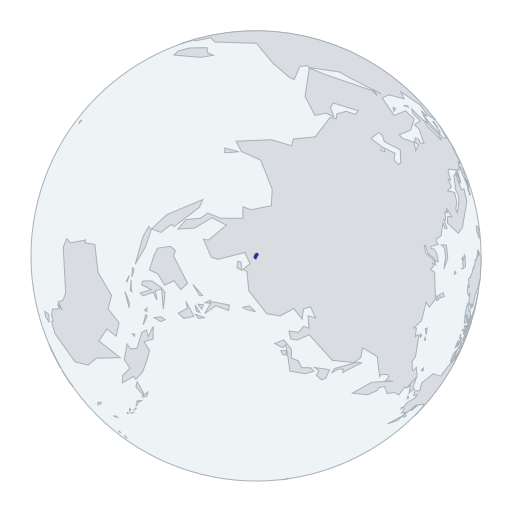 Cao Bằng highlighted on a globe, orthographic projection, rotated 104°
{"feature_id": "VNM-511", "entity_name": "Cao Bằng", "entity_type": "Province", "adm_level": 1, "iso_a3": "VNM", "parent_name": "Vietnam", "parent_adm1": "", "projection": "orthographic", "projection_center": [106.073, 22.737], "detail": "fine", "context": "on_globe", "style": "filled", "palette": "blue", "viewbox_px": 512, "rotation_deg": 104, "n_neighbors": 0, "source": "natural_earth", "source_scale": "10m", "svg_char_len": 11682}
<svg xmlns="http://www.w3.org/2000/svg" viewBox="0 0 512 512"><g transform="rotate(104 256 256)"><circle cx="256" cy="256" r="225" fill="#eef3f6" stroke="#a8b0b8"/><path d="M464.0,336.7L463.6,338.0L463.5,338.3L464.0,336.7ZM366.7,59.8L359.2,56.7L360.9,62.2L368.9,68.2L361.3,64.2L381.4,79.1L387.1,87.8L376.1,75.6L371.5,72.7L373.1,77.0L368.6,75.0L366.9,76.2L361.4,73.7L355.4,67.5L351.8,66.0L353.2,69.2L348.6,69.3L347.1,64.6L339.0,64.5L327.4,55.6L328.0,47.7L317.0,43.2L305.6,36.8L302.1,36.3L295.6,34.5L289.1,33.5L288.9,33.2L283.9,32.8L285.4,33.3L283.7,33.4L280.1,33.1L279.1,32.4L280.8,32.5L278.6,32.2L279.6,32.1L277.0,31.9L276.3,31.6L271.6,31.6L266.4,31.0L267.4,31.0L267.9,31.0L285.2,32.6L302.2,35.5L319.0,39.7L335.4,45.2L351.3,51.9L366.7,59.8ZM466.9,176.7L466.9,176.8L465.2,172.6L465.5,173.2L466.9,176.7ZM464.6,171.2L465.1,172.3L464.8,171.6L464.6,171.2ZM464.6,171.4L464.6,171.2L464.8,171.9L464.6,171.4ZM464.8,172.3L464.6,171.6L464.7,171.9L464.8,172.3ZM464.4,172.3L464.2,172.1L463.9,171.0L464.4,172.3ZM372.2,63.0L372.3,63.1L370.3,62.0L367.8,60.5L372.1,62.9L372.2,63.0ZM375.6,73.3L374.2,71.1L377.1,74.0L375.6,73.3ZM367.6,76.8L369.4,78.2L367.7,78.3L367.6,76.8ZM357.9,74.8L354.6,74.8L356.9,73.6L357.9,74.8ZM352.0,74.2L344.2,75.0L347.6,77.9L333.7,70.7L344.9,72.0L347.2,69.9L348.6,72.4L352.0,74.2ZM287.5,33.6L285.7,33.0L290.6,33.9L287.5,33.6ZM291.0,34.2L308.3,38.0L309.1,39.1L303.1,37.4L306.8,39.6L298.7,38.2L294.8,36.7L295.9,36.1L291.9,36.1L291.0,34.2ZM327.3,66.9L324.5,66.5L326.3,65.8L327.3,66.9ZM283.5,33.5L286.9,34.0L287.8,34.9L281.1,34.2L282.9,34.1L283.5,33.5ZM311.8,41.0L311.2,41.9L304.5,40.9L303.4,41.1L298.5,38.3L311.8,41.0ZM280.9,33.7L277.6,33.9L273.9,33.2L280.2,33.2L280.9,33.7ZM290.8,35.5L290.9,36.0L288.7,35.5L290.8,35.5ZM258.7,31.8L262.8,31.9L263.6,32.3L258.7,31.8ZM276.7,34.0L278.0,34.2L278.8,34.5L275.9,34.6L276.7,34.0ZM294.1,38.0L291.4,37.6L295.8,39.1L290.9,38.7L288.5,37.0L287.5,37.6L286.0,37.6L285.7,36.3L294.1,38.0ZM275.4,35.6L270.7,33.9L263.0,33.3L262.0,32.9L274.7,33.9L275.4,35.6ZM281.5,36.1L277.5,35.6L278.4,35.0L281.6,35.0L281.5,36.1ZM288.4,39.3L296.5,40.2L296.8,40.6L288.4,39.3ZM273.0,35.5L274.2,35.9L272.3,35.5L273.0,35.5ZM283.5,38.1L286.3,38.3L286.5,38.7L283.5,38.1ZM274.2,36.9L272.7,36.2L274.8,36.1L274.2,36.9ZM278.3,37.5L277.9,38.1L276.5,36.4L279.5,37.5L278.3,37.5ZM283.2,38.5L284.3,38.8L282.0,38.4L283.2,38.5ZM266.9,38.1L264.6,36.0L269.4,35.6L270.9,37.6L266.9,38.1ZM80.7,114.5L78.1,122.0L76.5,125.2L69.7,133.2L61.7,155.2L67.6,150.3L67.5,166.0L72.0,171.8L86.3,156.0L79.0,146.0L84.8,135.7L96.3,136.3L103.8,146.3L106.3,142.7L107.5,130.0L115.3,126.5L108.7,125.3L106.9,130.1L102.7,129.8L104.0,125.5L106.7,124.2L106.2,120.2L93.5,128.3L90.3,134.0L85.2,129.3L79.4,138.6L75.8,140.5L84.4,125.6L88.2,121.7L99.0,104.1L94.5,107.6L84.0,124.8L84.6,122.1L78.4,128.2L83.6,121.5L96.2,102.9L95.6,99.8L84.4,110.0L105.6,88.3L101.5,92.8L106.6,88.6L116.8,79.7L114.2,82.6L117.6,80.0L116.3,82.3L123.4,79.6L123.4,81.8L134.7,75.3L136.3,75.9L129.1,79.3L124.1,83.3L125.2,90.2L127.9,89.9L135.2,85.4L134.6,88.3L141.5,83.2L146.4,85.8L146.3,78.7L154.9,74.3L162.4,73.5L165.2,71.0L152.9,72.5L148.0,74.4L143.8,78.0L130.4,83.4L128.1,82.4L142.1,72.6L140.5,70.5L152.1,64.7L178.4,62.6L185.0,65.2L177.7,78.2L171.2,79.6L170.6,75.4L163.3,83.2L167.7,80.7L167.1,83.4L175.2,80.7L175.2,82.6L182.9,77.2L183.8,79.2L178.9,82.6L191.7,81.4L195.9,85.3L198.8,84.2L200.6,82.0L204.8,89.0L206.7,87.9L206.1,85.1L209.5,81.4L217.3,77.8L218.3,80.4L215.6,82.0L211.6,89.9L204.4,94.4L205.6,95.2L212.1,91.9L217.0,82.3L221.3,79.4L219.9,83.8L220.8,82.0L223.3,81.4L226.7,83.5L228.6,78.7L254.6,71.5L263.7,75.6L259.6,79.8L278.7,79.7L287.6,85.7L287.0,82.9L295.8,82.0L293.1,80.0L293.5,78.7L314.9,76.9L320.7,79.1L329.3,76.5L329.0,75.3L325.2,73.5L333.7,70.7L347.6,77.9L347.5,80.2L356.2,83.8L354.9,88.9L357.8,95.3L351.3,99.8L354.2,105.0L357.3,105.9L363.6,114.1L365.7,129.2L350.4,113.0L344.4,92.6L345.7,100.2L341.3,97.6L339.3,99.9L340.5,105.8L343.2,106.9L324.3,114.0L319.2,130.3L329.4,129.8L335.7,135.3L338.8,156.7L319.4,185.4L327.6,195.6L328.1,202.2L320.8,206.0L319.9,196.4L312.7,192.7L313.3,187.1L301.3,191.0L301.7,183.2L292.2,190.7L295.7,197.1L306.1,196.0L297.8,206.6L308.3,218.1L309.4,231.6L291.4,254.6L273.2,261.0L272.1,265.2L264.9,259.9L255.3,267.7L268.5,292.3L268.0,299.1L252.4,311.0L252.1,306.0L233.2,292.1L229.5,308.0L243.8,322.5L248.8,338.3L237.6,332.7L232.7,318.7L226.0,313.3L227.9,299.4L222.6,277.8L211.4,280.5L212.4,272.0L203.4,253.3L187.4,256.4L161.9,274.5L158.1,295.5L149.4,303.0L139.5,269.3L140.4,248.0L133.5,248.1L126.0,227.3L103.6,217.6L103.4,211.4L98.5,212.0L93.8,203.5L94.6,193.8L90.3,192.0L88.9,217.9L93.8,219.9L102.1,214.1L100.4,222.5L105.4,232.8L89.3,247.0L60.9,249.7L63.1,233.3L67.5,182.7L70.2,178.7L70.4,178.2L70.8,177.2L66.0,183.2L68.5,173.8L60.7,206.8L57.2,219.8L60.4,250.4L58.8,252.0L61.4,259.3L75.6,261.6L74.6,266.7L64.8,286.3L49.5,307.0L54.5,330.2L58.3,347.7L55.2,352.6L62.0,367.3L61.4,368.5L65.7,376.1L68.3,380.6L60.0,367.1L52.7,353.1L46.4,338.6L41.1,323.6L36.9,308.4L33.8,292.9L31.7,277.2L30.8,261.4L31.0,245.6L32.3,229.8L34.6,214.1L38.1,198.7L42.7,183.5L48.3,168.7L54.9,154.4L62.6,140.5L71.2,127.2L80.7,114.5ZM106.5,167.0L114.3,172.9L119.7,159.5L123.1,160.9L123.7,156.1L120.0,158.5L122.7,146.0L129.3,145.3L132.9,140.2L130.4,138.1L118.0,141.7L114.0,159.2L108.4,162.5L106.5,167.0ZM138.0,65.6L134.6,68.0L130.8,70.1L130.9,69.0L136.4,65.9L138.0,65.6ZM130.8,71.3L144.6,62.9L145.2,63.8L142.5,64.6L141.5,66.0L136.9,67.8L123.9,77.5L119.7,80.1L122.0,75.7L123.6,75.5L126.8,72.8L130.8,71.3ZM179.1,45.5L185.2,43.5L178.5,47.8L173.7,49.4L173.4,47.9L179.0,45.3L179.1,45.5ZM260.8,30.8L261.0,30.8L258.9,30.8L257.9,30.7L259.5,30.7L260.8,30.8ZM254.1,30.7L255.1,30.7L262.7,31.1L275.2,32.0L275.3,32.6L272.0,32.9L269.0,32.7L269.9,32.2L265.2,32.4L264.2,31.7L260.5,31.8L246.3,31.1L248.7,30.9L237.5,31.5L254.1,30.7ZM223.1,33.1L226.2,32.7L225.7,33.4L230.1,32.6L231.2,32.8L227.3,33.3L234.0,32.7L233.8,33.1L241.1,33.8L250.9,33.5L253.8,34.0L249.9,34.4L255.5,34.7L250.1,35.9L252.0,36.4L248.6,38.5L240.0,39.4L242.8,40.0L240.4,42.0L233.2,43.3L235.5,41.4L226.0,44.4L225.0,42.5L223.9,43.0L220.3,42.3L214.2,42.4L214.8,41.5L212.2,42.0L209.8,41.8L206.3,42.3L206.2,41.0L202.0,41.7L204.3,40.7L197.1,42.3L202.4,40.6L199.8,40.6L196.0,42.2L203.5,37.1L202.9,37.1L223.1,33.1ZM265.6,38.6L255.5,39.4L250.0,39.0L258.2,35.7L257.1,35.1L262.2,33.6L270.1,34.4L268.0,34.6L267.7,35.2L265.3,34.7L267.0,35.5L264.1,36.0L264.6,36.9L261.1,36.8L265.6,38.6ZM79.1,123.5L78.7,125.2L79.0,126.8L75.2,130.9L79.1,123.5ZM87.5,110.8L87.7,111.3L82.5,117.2L82.9,115.8L87.5,110.8ZM92.4,106.9L88.2,110.9L90.7,107.8L92.4,106.9ZM129.8,79.8L130.7,80.4L129.0,81.6L126.5,82.7L129.8,79.8ZM204.6,54.1L206.8,52.5L208.2,52.5L215.7,50.1L217.1,51.6L213.0,53.7L204.6,54.1ZM82.4,157.3L78.5,159.0L79.0,156.4L80.2,156.3L82.4,157.3ZM74.7,144.1L74.3,149.3L73.6,145.2L74.7,144.1ZM207.3,55.3L210.3,54.0L209.1,55.6L207.3,55.3ZM218.5,52.6L217.9,54.3L218.1,51.5L218.5,52.6ZM166.1,457.8L170.8,460.2L167.8,459.4L166.1,457.8ZM76.7,358.0L80.9,384.3L75.7,380.8L70.3,370.9L65.7,353.8L70.4,352.5L71.5,345.9L76.7,358.0ZM305.6,374.2L312.3,374.9L312.0,375.8L305.6,374.2ZM298.6,371.1L306.3,371.3L297.2,373.1L298.6,371.1ZM309.3,371.4L317.2,369.4L320.6,367.8L319.9,369.7L309.3,371.4ZM293.3,371.2L264.6,370.3L253.2,367.2L255.9,364.0L274.3,365.6L293.3,371.2ZM255.0,363.8L237.7,352.8L214.1,321.3L222.5,322.7L247.2,342.6L245.6,345.6L256.1,354.0L255.0,363.8ZM297.0,347.0L295.3,356.1L279.5,355.0L272.3,353.4L267.3,341.5L270.1,335.6L276.0,336.0L298.9,315.8L306.9,320.8L299.8,329.5L306.4,337.6L297.0,347.0ZM159.0,297.7L163.4,311.3L158.7,312.4L159.0,297.7ZM308.1,301.1L298.9,310.3L307.3,298.1L308.1,301.1ZM313.1,289.5L313.7,294.2L309.9,289.7L313.1,289.5ZM271.9,271.7L265.6,272.5L265.5,269.2L273.4,266.2L271.9,271.7ZM310.2,243.1L310.1,253.0L308.9,256.4L306.1,250.4L310.2,243.1ZM223.1,70.5L211.0,71.8L203.2,74.7L200.3,78.9L199.3,73.9L211.3,69.5L223.1,70.5ZM250.6,70.9L253.1,67.9L255.5,69.3L255.2,70.2L250.6,70.9ZM249.6,69.0L246.3,65.3L250.0,63.7L251.9,66.9L249.6,69.0ZM226.3,59.1L222.7,59.3L223.7,57.9L226.3,59.1ZM397.3,431.5L391.8,435.6L411.5,418.9L412.0,418.6L397.3,431.5ZM360.9,447.5L362.7,443.0L370.5,440.7L365.5,445.5L360.9,447.5ZM414.5,416.1L416.9,413.6L422.7,407.4L426.9,401.7L423.8,406.2L425.2,404.8L414.5,416.1ZM338.0,431.7L294.2,445.1L285.0,443.9L288.2,439.3L281.6,425.0L284.7,425.3L283.8,415.2L310.1,405.3L329.3,386.6L343.0,386.8L353.9,372.7L367.6,372.2L362.9,383.0L376.4,387.9L387.5,363.3L393.8,386.3L402.4,392.4L402.5,405.8L380.1,432.1L369.1,438.5L367.8,437.0L363.0,440.0L356.7,440.5L354.9,434.2L350.1,437.0L355.5,431.0L348.2,436.8L345.7,432.6L338.0,431.7ZM435.3,370.8L436.8,370.7L438.6,373.4L436.2,373.9L435.3,370.8ZM460.0,344.3L460.1,345.6L458.8,347.3L460.0,344.3ZM463.5,338.3L461.9,340.5L464.0,336.7L463.5,338.3ZM445.8,353.3L446.3,354.4L445.6,355.2L445.8,353.3ZM445.2,353.1L446.4,350.3L446.0,352.7L445.2,353.1ZM438.6,343.3L439.7,341.6L440.1,342.4L438.6,343.3ZM322.2,374.7L331.8,367.5L336.8,366.6L322.2,374.7ZM437.3,341.1L434.7,341.8L435.0,340.3L437.3,341.1ZM437.7,337.9L437.5,336.1L438.9,340.0L437.7,337.9ZM432.8,335.3L435.9,337.6L432.4,335.8L432.8,335.3ZM430.8,336.4L428.4,335.6L428.6,334.9L430.8,336.4ZM402.5,345.7L411.5,355.1L403.9,356.4L395.5,351.0L388.4,358.7L372.6,359.8L376.4,355.2L374.4,349.2L357.7,348.3L354.3,344.4L360.4,341.1L349.2,338.7L361.4,335.8L366.3,343.9L373.2,336.5L384.8,336.7L396.0,338.0L404.7,342.8L402.5,345.7ZM361.3,354.6L363.4,354.5L361.5,357.2L361.3,354.6ZM423.9,332.1L427.3,335.3L426.9,336.5L425.2,336.3L423.9,332.1ZM406.7,340.9L416.2,332.0L418.3,331.6L412.0,340.9L406.7,340.9ZM414.0,327.9L418.2,327.9L420.4,331.4L419.5,332.7L414.0,327.9ZM336.3,348.5L335.8,351.0L332.6,349.3L336.3,348.5ZM340.5,346.9L350.1,348.9L339.6,349.0L340.5,346.9ZM310.9,339.6L313.8,345.2L322.9,341.4L315.9,346.8L322.0,355.9L319.9,359.5L313.9,349.6L311.6,360.0L307.6,359.8L305.4,351.0L309.6,340.0L313.6,335.4L329.9,333.1L310.9,339.6ZM340.5,340.0L337.9,333.4L339.8,328.9L342.6,332.3L340.5,340.0ZM330.2,317.6L323.2,309.9L317.0,313.1L329.5,301.7L334.1,310.9L330.2,317.6ZM324.2,300.4L318.3,303.3L324.3,296.7L324.2,300.4ZM316.8,300.7L316.1,295.2L320.7,295.8L316.8,300.7ZM327.2,300.6L328.2,291.2L330.6,296.6L327.2,300.6ZM313.9,282.8L324.0,291.7L311.0,288.1L310.0,269.9L315.5,269.5L313.9,282.8ZM341.9,209.1L340.3,204.0L345.1,202.7L344.9,206.5L341.9,209.1ZM359.5,195.3L345.9,200.7L334.8,205.7L338.5,207.9L336.4,216.7L330.6,208.8L338.0,199.0L346.6,196.9L347.4,189.7L353.3,184.6L351.2,175.8L353.7,172.0L358.2,179.5L359.5,195.3ZM350.0,172.2L348.5,157.1L357.9,158.9L360.3,162.6L357.0,168.6L352.3,167.2L350.0,172.2ZM350.9,154.1L346.3,152.8L334.4,131.7L334.2,127.9L348.2,143.9L344.6,143.7L345.9,148.9L350.9,154.1ZM325.7,67.8L324.6,66.6L327.1,67.7L325.7,67.8ZM291.9,77.6L292.8,76.0L295.6,77.0L291.9,77.6ZM297.0,72.3L293.1,72.2L296.8,71.2L297.0,72.3ZM284.5,72.5L291.4,71.7L285.4,74.1L284.5,72.5Z" fill="#d9dde1" stroke="#a8b0b8" stroke-width="1"/><path d="M254.1,254.6L254.2,254.8L254.4,254.8L254.5,254.8L254.8,254.9L254.9,255.0L255.1,255.3L255.3,255.3L255.3,255.2L255.4,255.3L255.5,255.3L255.6,255.2L256.0,255.0L256.4,255.1L256.5,255.2L256.5,255.3L256.6,255.5L256.8,255.6L257.4,255.4L257.5,255.4L257.8,255.3L257.9,255.5L258.0,255.6L258.3,255.6L258.4,255.8L258.5,255.8L258.4,256.0L258.3,256.4L258.2,256.6L257.9,256.5L257.7,257.0L257.7,257.3L257.4,257.4L257.2,257.4L256.8,257.2L256.7,257.1L256.4,257.3L256.3,257.2L256.2,257.2L256.1,256.9L255.9,256.8L255.7,256.8L255.5,257.0L255.4,257.0L255.2,257.0L255.1,256.9L255.0,256.7L254.9,256.5L254.9,256.4L254.9,256.2L254.7,256.1L254.3,256.4L254.2,256.6L254.0,256.3L253.9,256.0L253.8,255.9L253.7,255.8L253.2,255.5L253.2,255.4L253.4,255.3L253.5,255.2L253.7,254.9L253.8,254.9L253.8,255.0L253.9,254.9L254.0,254.6L254.1,254.6Z" fill="#3b82f6" stroke="#1e3a8a" stroke-width="1.5"/></g></svg>